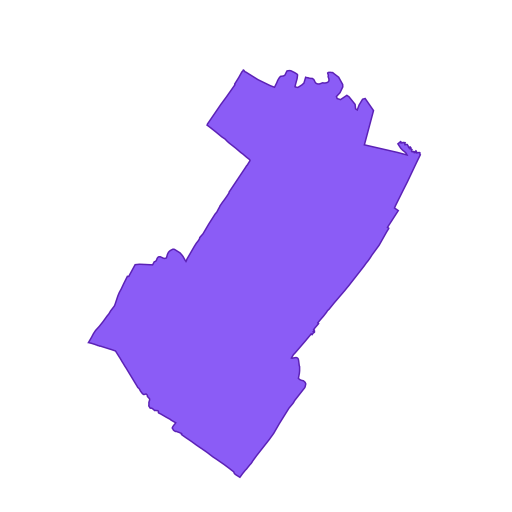 the district of Harsesti, Arges, Romania, rotated 302°
{"feature_id": "2599482B5043651668423", "entity_name": "Harsesti", "entity_type": "district", "adm_level": 2, "iso_a3": "ROU", "parent_name": "Romania", "parent_adm1": "Arges", "projection": "albers", "projection_center": [24.789, 44.52], "detail": "fine", "context": "isolated", "style": "filled", "palette": "violet", "viewbox_px": 512, "rotation_deg": 302, "n_neighbors": 0, "source": "geoboundaries", "source_scale": "gbopen_adm2", "svg_char_len": 5940}
<svg xmlns="http://www.w3.org/2000/svg" viewBox="0 0 512 512"><g transform="rotate(302 256 256)"><path d="M399.0,345.1L419.5,342.7L428.9,341.7L429.0,341.2L430.4,340.3L430.3,339.6L428.5,337.5L428.8,337.1L429.6,336.8L429.9,336.2L429.9,335.9L429.3,336.0L428.1,336.2L427.5,335.4L427.8,335.1L428.2,335.2L428.4,335.1L428.2,334.3L427.7,334.0L427.1,333.1L427.4,332.2L427.8,332.3L428.9,331.9L428.9,331.1L428.5,329.6L428.9,329.5L429.8,330.0L430.2,328.9L428.9,328.0L430.0,326.7L430.1,326.1L430.7,325.3L430.2,324.3L429.3,323.4L429.9,322.7L431.7,322.4L431.2,322.3L430.3,321.9L430.6,321.2L430.1,320.4L429.2,319.9L428.7,318.8L429.0,318.6L429.4,318.7L429.7,318.3L429.7,318.0L426.3,316.9L424.1,321.6L423.4,324.4L423.2,326.6L422.8,328.6L421.7,330.5L418.8,321.1L407.7,289.0L441.6,278.6L447.4,265.1L445.4,263.3L438.7,263.4L433.5,264.5L433.6,262.4L437.1,259.7L440.3,250.5L440.4,247.9L433.4,244.8L432.5,241.4L433.9,239.7L439.0,240.7L445.4,240.0L447.4,238.6L451.4,231.4L451.9,226.0L452.2,223.8L451.7,223.1L451.5,222.4L451.2,221.8L450.6,220.8L450.2,220.3L449.8,220.0L449.2,219.8L448.8,220.1L448.0,221.2L447.5,221.6L446.2,222.2L445.9,222.6L444.9,223.9L443.8,224.7L443.1,225.0L442.2,225.0L441.2,224.7L439.9,223.6L438.9,222.3L438.1,220.6L436.8,219.7L435.9,218.9L435.3,218.4L435.0,217.8L434.6,217.1L434.4,216.3L434.3,215.4L434.6,214.4L434.9,213.7L435.8,212.4L436.3,211.4L436.4,210.1L436.4,209.6L436.1,209.1L435.3,207.7L435.1,207.1L434.8,206.2L434.8,205.7L434.2,204.7L433.9,203.4L428.1,205.0L425.5,204.3L421.1,202.2L420.2,199.8L420.2,199.4L422.7,198.5L428.1,196.9L431.6,195.3L432.0,194.3L432.0,191.5L431.6,187.5L431.1,186.3L430.0,184.9L429.3,184.2L426.2,184.5L425.1,184.7L424.4,184.5L423.4,184.0L422.8,183.4L422.6,183.1L422.1,182.6L422.0,182.4L421.3,181.6L419.7,181.3L419.1,181.3L417.5,181.3L416.1,181.4L413.9,181.8L408.9,182.3L408.4,179.8L408.0,177.6L406.6,164.3L406.6,150.1L406.4,149.1L407.1,147.0L407.0,146.7L405.9,146.8L404.9,146.5L404.0,146.5L398.3,146.8L390.5,146.8L390.0,147.4L375.2,146.6L366.3,145.9L342.2,144.9L341.0,145.2L341.0,146.1L340.0,155.6L339.4,160.2L339.3,160.9L338.9,163.8L338.8,167.7L338.0,170.9L337.6,173.2L336.7,181.7L335.7,188.2L335.5,191.0L334.8,195.4L334.4,199.3L334.3,199.7L333.9,200.2L333.7,200.4L328.2,200.4L327.7,200.2L325.8,200.2L295.9,199.3L295.1,199.7L291.1,199.6L285.7,199.3L284.0,199.1L279.3,198.9L278.5,199.1L276.2,199.2L272.5,199.5L269.9,199.1L258.0,199.0L246.7,199.3L242.0,198.5L240.3,199.0L237.2,198.9L236.3,198.7L234.7,198.6L231.1,198.6L216.7,199.1L215.5,199.4L214.3,199.5L214.4,199.3L214.8,198.2L216.9,194.4L217.6,192.6L218.4,189.9L218.4,185.9L218.4,183.3L218.1,182.5L217.6,181.8L215.2,180.4L213.9,180.0L212.8,179.8L211.5,179.9L210.2,180.1L207.1,181.0L206.5,180.8L205.4,179.7L205.0,178.4L204.8,176.5L204.6,175.1L204.1,174.4L203.5,173.7L202.5,173.5L201.5,173.4L200.5,173.7L199.2,173.8L198.2,173.6L197.4,173.0L197.2,172.8L193.7,173.0L189.9,166.2L187.3,161.6L184.6,158.1L171.2,158.9L170.6,157.7L162.2,158.5L156.5,159.2L152.7,159.4L149.0,160.0L140.3,162.1L138.5,162.4L132.4,161.8L129.1,161.9L126.0,161.5L119.6,161.1L113.3,160.4L107.9,159.4L104.1,159.3L100.0,159.6L93.8,159.8L93.9,160.0L94.3,161.4L94.6,162.2L95.1,164.0L95.3,164.8L95.4,165.3L95.6,165.8L95.9,167.5L96.1,168.0L96.2,169.1L96.6,170.2L96.7,171.0L96.8,171.3L97.1,171.7L97.2,172.0L97.4,172.8L97.6,173.7L97.8,174.4L99.0,179.0L99.8,182.2L99.9,182.4L100.9,186.8L101.0,186.9L100.8,187.6L98.1,193.2L97.2,195.1L95.4,198.5L94.6,200.2L93.1,203.1L92.1,205.3L89.2,211.0L87.3,214.8L82.7,223.9L81.9,225.4L81.8,226.1L81.6,227.1L81.4,227.6L80.3,229.5L79.9,230.6L79.6,231.1L79.3,232.1L79.1,232.6L79.0,233.4L79.0,233.8L79.0,234.1L79.3,234.5L79.5,234.8L80.1,235.3L80.6,235.7L80.7,235.9L80.7,236.2L80.7,236.5L80.6,236.8L80.2,237.8L79.3,238.4L78.5,241.4L77.5,242.1L75.2,242.7L73.3,243.9L72.3,244.4L72.0,244.7L71.8,244.9L71.4,245.9L71.2,246.2L71.0,246.5L71.0,246.9L71.1,247.3L71.6,248.0L71.7,248.7L71.6,249.7L71.5,250.7L71.3,251.4L71.2,251.9L71.3,252.1L71.5,252.3L71.7,252.5L71.9,252.8L72.0,253.2L72.3,253.7L72.6,254.3L72.7,254.7L72.7,255.0L72.7,255.3L72.6,255.5L72.4,255.7L71.7,256.0L71.4,256.4L71.4,256.9L71.3,257.0L71.4,257.5L71.6,259.6L71.6,260.9L71.7,263.5L71.7,263.8L71.7,264.6L72.0,269.6L72.0,270.4L71.8,270.8L71.8,271.3L71.9,272.2L71.9,272.7L71.9,273.5L72.0,275.4L72.0,275.9L72.0,276.3L71.9,276.3L70.6,276.2L69.1,276.0L67.7,275.9L67.1,275.9L66.1,276.0L65.8,276.1L65.6,276.3L65.4,276.7L65.0,277.7L64.8,277.9L64.6,278.3L64.5,279.4L64.5,280.6L64.7,281.0L65.1,281.5L65.2,282.5L65.6,284.1L65.9,286.3L66.0,286.8L66.0,287.0L65.9,287.2L65.1,287.4L64.8,292.4L64.6,298.4L64.1,305.4L64.0,307.7L63.9,310.3L63.6,317.3L63.4,320.1L63.2,321.9L62.8,325.9L62.7,330.6L62.5,334.6L62.4,336.5L62.3,339.1L62.2,340.4L62.1,341.4L62.0,342.8L61.7,346.3L61.4,348.8L61.3,350.2L61.2,350.8L61.2,351.4L61.1,351.6L60.5,352.3L60.2,352.8L60.1,353.0L60.0,353.3L60.0,353.5L59.9,353.9L59.8,354.9L59.8,356.5L59.8,357.0L59.8,357.7L59.8,358.9L59.8,359.6L61.0,359.7L64.1,359.9L69.0,360.5L70.0,360.8L70.8,360.9L71.9,361.0L76.0,361.5L77.4,361.8L79.6,361.9L79.9,361.8L87.0,362.3L107.4,364.5L115.0,365.0L126.3,364.6L144.5,364.6L150.2,365.4L151.6,365.5L153.3,365.4L154.2,365.4L170.0,367.1L171.0,367.0L173.9,366.0L174.9,364.6L175.3,362.4L174.6,360.2L174.4,358.5L174.7,356.8L179.6,354.9L181.8,353.8L185.3,351.6L185.8,350.9L190.2,347.3L191.1,346.3L191.4,345.5L191.4,344.6L191.1,343.7L189.6,342.0L188.4,340.8L188.2,340.1L192.1,340.0L194.4,340.5L210.1,342.9L219.2,344.1L219.0,345.2L222.2,345.5L222.2,345.9L222.6,345.9L222.8,345.8L222.9,345.5L222.9,345.3L222.4,345.3L222.3,344.6L224.0,344.8L224.1,343.9L225.7,344.0L231.8,344.9L232.0,343.8L237.0,344.5L240.8,345.1L245.5,345.6L247.5,345.6L249.7,346.2L251.5,346.4L258.0,347.2L274.6,349.7L277.2,350.0L280.8,350.5L283.1,350.7L288.6,351.3L304.8,353.0L308.3,353.2L310.6,353.5L311.6,353.6L314.8,353.8L318.1,353.8L330.3,354.7L346.0,354.0L349.7,354.0L349.9,353.9L350.0,352.3L369.9,352.6L370.1,348.0L372.8,347.6L390.1,345.9L399.0,345.1Z" fill="#8b5cf6" stroke="#5b21b6" stroke-width="1.5"/></g></svg>